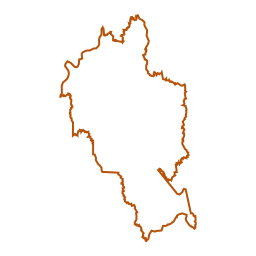 the district of Cáceres, Antioquia, Colombia
{"feature_id": "7082276B67484439924814", "entity_name": "Cáceres", "entity_type": "district", "adm_level": 2, "iso_a3": "COL", "parent_name": "Colombia", "parent_adm1": "Antioquia", "projection": "equal_earth", "projection_center": [-75.222, 7.654], "detail": "fine", "context": "isolated", "style": "outline", "palette": "amber", "viewbox_px": 256, "rotation_deg": 0, "n_neighbors": 0, "source": "geoboundaries", "source_scale": "gbopen_adm2", "svg_char_len": 5782}
<svg xmlns="http://www.w3.org/2000/svg" viewBox="0 0 256 256"><path d="M148.4,238.8L149.3,234.3L151.6,230.8L155.0,231.6L156.1,231.0L161.5,230.5L163.0,225.9L166.2,225.8L168.1,224.3L168.7,224.6L171.5,223.3L172.3,222.3L173.6,221.7L176.0,217.3L176.9,217.2L176.9,215.8L178.7,214.4L182.2,213.4L186.6,214.8L186.6,216.3L185.7,218.8L186.2,220.6L189.6,225.5L190.7,225.7L191.2,226.7L193.1,227.3L194.4,228.7L195.4,227.6L195.2,225.0L195.7,224.7L195.8,223.4L195.6,222.3L194.8,221.5L195.5,220.7L195.6,218.7L195.3,216.0L194.3,216.3L193.5,215.6L193.4,214.4L192.2,213.2L190.9,213.4L185.7,189.4L184.0,188.8L183.4,189.5L182.4,192.0L179.5,194.5L177.2,193.8L158.4,170.4L158.9,170.4L159.1,169.0L159.6,168.7L160.8,169.4L161.3,170.9L163.1,171.6L163.6,172.5L163.3,173.1L164.1,173.6L163.9,174.6L164.7,175.0L164.8,176.5L166.3,177.5L166.3,179.1L166.9,179.3L167.6,180.8L168.3,180.6L168.5,179.4L170.1,180.0L171.1,179.5L171.4,180.0L172.3,177.2L175.0,175.5L174.4,175.1L174.8,173.4L174.5,172.3L176.7,172.0L176.3,171.3L176.6,170.2L175.8,165.0L176.5,165.3L177.1,164.9L176.7,163.1L178.3,163.4L178.6,162.2L179.3,163.9L179.5,163.4L180.4,163.4L180.8,163.0L180.4,162.4L181.6,162.2L180.6,160.2L182.3,158.0L183.1,158.0L183.2,158.5L183.9,157.3L185.3,158.1L186.4,157.2L186.6,157.5L186.7,157.0L187.7,156.9L187.2,155.7L188.6,155.0L187.8,152.9L188.1,152.5L186.9,151.7L186.5,150.1L185.1,149.1L182.3,143.8L182.3,142.1L183.3,141.3L183.2,140.1L182.4,139.8L182.6,138.6L183.1,138.5L184.2,135.7L184.0,133.3L183.0,133.2L183.1,132.7L183.9,130.2L184.4,129.8L183.4,128.0L181.9,128.2L182.2,126.5L184.0,125.0L182.8,121.9L183.6,120.4L184.9,119.1L184.5,118.2L186.2,116.4L185.7,115.2L186.3,113.0L186.3,111.4L186.0,110.9L185.5,111.2L186.4,110.3L186.5,109.0L185.6,107.0L185.8,106.2L182.9,105.2L183.9,104.7L184.4,103.8L183.7,100.9L184.2,100.6L184.5,99.0L186.0,98.6L185.4,97.2L184.7,93.2L186.1,91.7L185.0,90.7L185.3,88.9L184.9,84.9L184.6,84.4L182.2,85.7L181.1,85.5L177.6,83.2L176.0,84.1L175.4,83.5L175.0,84.2L174.5,83.1L174.1,83.3L171.9,81.5L171.1,81.5L171.0,81.9L170.1,81.2L169.7,81.5L169.0,79.9L168.7,80.3L166.1,80.4L166.1,78.7L165.3,79.6L163.7,79.4L163.0,79.0L161.7,72.3L161.0,73.6L159.4,73.5L159.1,74.1L157.7,73.2L156.7,74.9L156.2,73.6L154.3,72.1L153.6,74.0L154.5,75.1L153.5,76.2L151.5,76.0L150.2,74.8L149.7,75.0L149.2,74.1L148.3,73.4L148.0,72.8L148.2,71.8L146.1,69.1L146.4,64.8L146.9,64.4L147.2,62.1L147.0,60.5L145.7,59.6L144.7,59.5L144.6,59.2L145.0,58.8L143.9,57.1L143.9,56.4L143.1,55.6L143.2,54.9L145.3,54.5L145.2,53.8L146.5,50.7L146.0,49.7L145.5,50.0L145.2,49.2L146.1,48.9L145.8,48.4L145.9,47.4L147.6,44.9L148.6,42.1L148.7,40.6L146.6,35.7L147.2,30.3L144.8,26.1L144.3,24.4L144.5,22.7L144.1,21.7L141.8,19.8L139.5,18.8L137.8,15.4L137.2,16.0L136.2,15.7L135.9,16.1L135.9,16.8L136.7,18.1L136.0,19.8L135.0,19.5L134.6,20.1L133.1,18.9L133.4,17.9L132.5,17.8L132.0,17.0L131.1,17.1L130.6,18.2L131.2,19.4L130.5,19.4L130.1,20.3L130.5,21.8L130.0,22.4L130.4,23.5L129.7,24.3L129.1,23.8L129.5,25.6L129.4,26.7L128.5,27.5L128.5,26.9L127.4,27.6L127.8,27.9L127.0,28.5L126.6,29.7L126.0,29.4L125.6,30.1L123.9,29.9L124.5,30.6L123.9,30.9L124.0,31.4L123.5,31.9L124.2,32.9L124.3,34.6L121.6,34.9L121.0,35.8L121.9,36.0L123.0,37.9L122.6,39.4L123.4,40.8L122.8,40.9L123.0,41.5L122.5,42.7L121.8,41.9L116.4,40.9L115.7,39.8L115.1,39.9L114.9,41.0L113.1,40.4L113.2,36.1L111.0,34.3L110.7,33.3L111.1,31.9L110.3,31.9L109.1,33.2L107.4,34.0L107.0,34.9L106.1,34.7L105.7,35.4L104.9,35.5L104.1,35.3L103.5,28.8L103.2,28.8L102.7,27.3L101.5,29.1L101.5,34.1L100.9,35.7L99.7,37.1L99.0,39.9L99.3,43.7L98.4,46.1L96.2,48.3L93.4,48.6L90.2,50.4L86.2,50.6L82.5,52.5L81.7,54.1L82.2,58.4L81.2,59.1L79.2,59.4L78.8,64.1L77.5,66.7L76.0,67.2L74.6,66.8L70.9,63.0L67.5,61.3L65.3,64.3L65.1,66.2L68.3,70.5L68.8,72.7L68.7,74.8L68.0,77.2L66.8,79.2L63.1,82.4L62.4,83.8L61.7,86.6L61.9,92.4L61.6,93.7L60.6,95.1L60.2,97.6L61.3,95.4L62.5,95.7L63.1,95.1L63.5,95.9L64.1,95.4L64.6,96.0L65.4,96.1L67.4,94.5L68.3,94.7L68.4,93.5L69.6,94.0L69.6,94.7L70.4,95.0L70.3,95.9L70.7,96.1L70.1,97.0L70.3,97.5L70.0,97.8L70.6,98.6L70.4,98.9L71.4,100.0L71.0,103.6L72.1,105.9L71.8,105.8L72.0,106.2L71.7,107.8L71.1,107.9L71.3,108.5L71.0,109.1L70.2,109.7L70.3,112.0L69.8,112.7L70.0,113.7L70.5,113.7L70.3,115.1L70.7,115.7L70.3,116.8L70.9,118.1L71.6,118.3L71.7,120.7L73.0,122.3L72.9,135.6L74.0,134.5L74.1,133.8L75.1,134.0L75.6,135.1L76.3,134.8L76.2,135.2L76.8,135.2L77.2,134.7L77.5,135.1L77.5,134.0L78.4,131.1L78.7,130.9L79.1,130.9L79.7,130.0L80.0,130.4L80.8,130.2L80.8,131.3L81.5,131.0L81.5,131.3L81.8,130.8L82.0,131.2L82.9,130.9L83.3,130.1L84.8,131.2L84.9,132.0L85.6,131.8L86.5,132.3L86.9,131.8L87.3,132.1L88.2,131.8L88.1,132.4L89.4,133.9L88.9,134.7L89.2,135.5L88.1,136.8L90.3,136.7L90.4,138.2L91.4,138.8L90.9,140.4L91.7,140.9L92.0,140.5L92.1,141.1L92.8,141.3L92.7,141.9L93.1,141.5L93.1,154.3L94.7,154.6L96.0,158.0L95.8,159.9L96.4,161.1L98.3,164.3L99.5,165.1L101.4,167.4L101.6,170.3L102.4,171.9L118.4,172.7L118.2,174.2L121.2,176.5L120.6,177.6L122.8,179.2L122.4,180.2L122.9,181.3L122.8,182.1L121.6,182.8L121.4,183.7L123.1,184.2L122.9,185.8L124.2,187.3L123.7,188.2L122.7,188.4L123.9,191.2L123.5,191.5L122.6,191.2L122.4,193.2L123.8,194.9L123.5,195.8L124.1,196.1L124.4,197.2L125.1,197.3L124.2,199.3L124.4,199.6L124.7,199.2L125.2,200.8L125.0,201.4L126.2,202.4L127.0,202.3L127.0,202.8L127.9,202.3L128.5,203.0L128.6,203.9L130.5,204.3L131.4,203.8L131.9,205.9L134.1,205.0L135.1,207.0L134.8,208.3L137.2,212.3L136.1,213.0L136.5,215.7L136.4,219.7L134.8,222.2L134.8,224.1L136.2,225.2L136.6,224.4L137.1,224.5L138.1,225.9L139.1,225.0L139.5,226.3L140.5,226.6L141.3,228.2L141.1,230.1L141.6,230.1L141.6,230.9L143.6,233.1L143.1,233.6L143.3,234.2L142.8,235.8L143.1,236.2L142.7,236.7L143.3,236.7L143.2,237.7L144.0,238.4L145.6,237.9L146.1,239.3L145.3,239.4L145.6,240.4L146.3,239.8L146.6,240.6L148.4,238.8Z" fill="none" stroke="#b45309" stroke-width="2"/></svg>